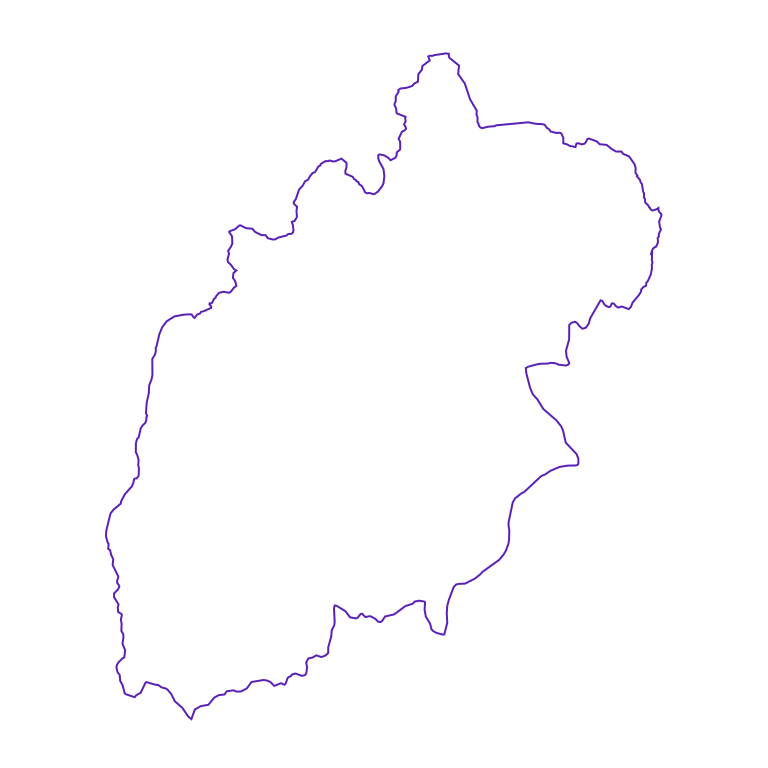 Güicán, Boyacá, Colombia (Albers equal-area conic projection), rotated 178°
{"feature_id": "7082276B71833607735517", "entity_name": "Güicán", "entity_type": "district", "adm_level": 2, "iso_a3": "COL", "parent_name": "Colombia", "parent_adm1": "Boyacá", "projection": "albers", "projection_center": [-72.306, 6.561], "detail": "fine", "context": "isolated", "style": "outline", "palette": "violet", "viewbox_px": 768, "rotation_deg": 178, "n_neighbors": 0, "source": "geoboundaries", "source_scale": "gbopen_adm2", "svg_char_len": 6107}
<svg xmlns="http://www.w3.org/2000/svg" viewBox="0 0 768 768"><g transform="rotate(178 384 384)"><path d="M332.5,131.6L329.1,143.2L329.3,152.5L328.5,160.2L326.8,165.8L321.6,178.3L319.1,181.0L316.6,181.6L309.9,181.7L299.8,186.4L294.1,190.7L292.2,192.8L275.2,204.1L270.7,209.0L268.1,213.0L265.2,220.0L264.4,224.6L263.9,233.3L264.5,238.5L264.2,241.9L259.5,261.0L257.0,265.2L249.9,270.3L248.0,270.9L230.1,286.5L225.7,288.2L220.6,291.5L211.4,295.0L203.6,296.0L195.1,295.9L193.4,296.4L192.5,297.6L192.4,302.6L194.0,307.2L204.4,319.0L206.7,331.2L208.4,335.5L212.9,341.6L225.6,353.4L231.2,363.2L235.7,368.6L238.2,375.3L241.4,389.8L241.7,395.0L239.2,396.3L230.8,398.2L227.1,398.8L219.4,398.7L217.1,399.3L213.4,399.0L210.1,398.1L209.3,397.3L201.6,396.1L199.1,397.0L198.1,398.4L200.5,404.7L201.0,410.8L197.4,422.2L196.8,436.6L194.6,438.6L191.1,439.5L189.2,438.5L186.4,434.7L183.7,432.3L180.3,433.2L177.2,437.4L175.7,442.4L164.7,460.0L162.9,459.4L160.9,455.7L159.3,454.2L156.6,453.0L155.0,453.5L153.6,456.4L152.9,456.7L151.4,456.2L149.6,453.8L147.3,452.2L143.6,453.1L136.8,450.3L134.6,452.4L132.6,456.9L126.1,464.0L123.8,467.6L123.7,469.4L121.5,471.8L118.6,473.2L118.4,475.8L116.6,477.9L113.5,484.3L112.1,490.5L112.3,493.5L111.4,496.0L112.0,498.4L111.5,505.6L112.4,505.1L112.2,505.9L110.8,509.4L109.3,510.9L107.3,511.8L105.2,516.1L105.4,520.4L104.1,521.9L104.2,524.2L101.8,528.9L102.7,530.8L103.4,536.7L100.8,542.9L101.2,544.5L102.6,545.9L103.7,548.2L103.6,550.3L106.0,549.0L109.0,548.1L110.3,548.3L111.5,549.4L112.0,550.7L112.8,551.1L113.5,553.0L116.6,556.3L116.7,559.6L117.7,561.4L117.4,565.4L118.2,566.7L119.3,575.0L120.4,576.4L121.1,579.1L124.0,582.8L123.5,583.5L125.3,586.2L125.0,591.1L125.9,594.8L131.1,602.9L136.9,605.6L138.6,608.0L143.9,608.2L148.1,610.8L153.2,615.2L160.1,616.1L162.9,619.1L170.9,622.2L172.3,621.6L173.9,618.5L175.3,617.1L178.1,616.6L181.7,617.9L183.3,617.5L184.4,614.1L190.1,615.5L192.7,617.1L196.4,618.3L196.2,624.0L198.2,628.4L200.4,629.1L202.0,628.7L208.5,630.4L210.5,633.1L212.3,634.3L214.4,637.5L217.0,638.2L223.0,638.7L230.7,640.5L262.9,638.6L264.5,637.8L270.9,637.5L276.8,636.3L278.6,636.9L280.0,638.5L280.5,640.9L281.5,642.6L281.2,647.1L282.2,650.1L281.7,653.8L288.0,665.4L292.8,681.6L299.1,691.1L297.9,699.6L307.0,707.5L307.7,708.6L307.7,711.8L310.9,712.2L322.4,710.9L324.2,710.2L326.8,710.5L328.3,709.8L327.0,705.8L334.5,700.5L335.2,696.8L338.9,692.3L339.5,685.0L343.3,683.2L345.5,680.8L351.3,679.2L357.4,678.7L359.5,677.2L359.2,675.5L362.2,671.1L362.4,666.1L363.5,664.3L363.8,662.4L362.3,659.2L361.9,654.1L353.1,650.2L353.6,648.8L353.2,645.8L354.9,642.8L353.2,639.6L353.1,638.3L354.7,636.6L357.2,635.6L360.8,628.7L359.4,625.4L359.6,618.5L360.0,617.5L363.1,615.1L363.5,611.7L364.6,609.8L369.6,607.4L372.2,610.2L376.0,612.6L380.6,613.6L381.8,612.8L381.8,609.3L380.9,606.5L377.0,598.8L376.4,591.8L377.5,584.6L378.9,581.9L383.3,576.5L386.9,574.2L388.2,574.1L391.7,575.4L394.1,575.2L396.1,576.1L398.6,581.6L399.7,583.1L401.8,584.4L402.7,586.9L404.1,587.4L405.3,589.1L406.7,589.8L408.0,592.1L415.1,595.5L415.3,597.9L413.9,602.1L413.7,606.3L418.6,610.7L425.3,608.2L427.3,608.2L430.8,609.3L431.9,608.7L434.7,608.8L439.6,606.1L440.0,604.7L442.1,603.5L445.5,598.2L448.0,597.3L450.7,594.3L452.6,591.0L455.9,589.2L458.3,585.1L462.1,581.3L465.6,572.0L467.9,568.8L467.8,567.3L464.7,564.2L465.4,560.2L465.2,554.6L465.4,553.5L467.7,550.1L470.5,549.2L469.5,545.9L469.1,540.6L469.6,538.7L471.0,537.4L474.6,537.2L476.2,535.8L484.3,534.1L487.8,532.3L490.2,532.3L495.1,533.8L497.0,536.8L501.2,537.1L506.0,539.6L508.0,540.9L510.0,543.7L516.6,544.6L522.0,547.6L523.1,547.4L527.4,543.9L532.7,542.1L533.5,541.4L530.7,536.8L530.7,529.5L532.4,526.2L535.2,522.4L534.3,519.7L536.1,513.9L535.6,511.2L533.0,508.7L530.0,504.2L527.6,502.6L530.6,500.1L531.3,495.4L529.1,491.9L528.1,487.2L530.9,485.2L534.0,481.4L535.7,480.6L541.3,481.8L545.8,480.8L549.0,477.3L549.4,475.9L551.0,474.9L552.9,471.3L553.5,470.7L555.4,470.7L555.7,469.7L554.0,467.4L554.1,466.1L561.7,463.0L564.3,462.5L565.4,460.9L568.4,459.9L570.9,456.7L572.0,457.3L573.8,460.1L574.7,460.4L581.5,460.3L591.1,458.9L598.9,454.3L603.6,448.6L606.8,441.6L610.0,429.7L610.9,428.1L610.8,425.4L611.8,421.5L614.7,417.1L615.1,401.2L616.2,396.6L618.7,390.9L619.4,382.9L621.8,373.7L622.9,362.9L621.8,360.7L622.7,358.7L622.9,355.7L623.9,353.5L626.6,351.1L628.7,348.2L630.9,339.6L632.8,337.4L634.0,333.6L634.4,324.6L632.9,321.1L631.9,316.2L632.5,311.5L631.9,308.9L632.3,301.6L632.6,300.5L634.6,298.3L636.3,298.2L637.2,297.5L637.7,294.7L639.5,290.5L646.7,283.1L650.8,276.0L651.2,273.7L658.7,267.9L661.8,264.2L666.6,247.4L667.2,241.6L665.8,235.6L664.8,233.8L665.4,228.8L663.6,227.6L662.6,222.8L660.7,218.3L661.5,212.6L656.4,201.3L656.4,199.5L657.6,197.0L657.6,194.6L655.7,191.7L655.6,190.6L657.1,187.9L661.1,184.1L661.2,180.3L657.0,173.0L657.9,170.0L657.6,165.4L654.3,163.2L654.1,161.7L655.2,158.0L654.6,153.4L655.1,146.4L653.3,143.1L653.2,140.3L654.4,133.4L652.0,127.0L653.1,119.8L654.7,119.1L659.0,115.2L660.7,112.5L661.3,110.2L660.3,105.2L658.3,102.3L658.0,96.5L655.8,92.2L653.9,83.9L652.9,83.0L644.1,79.7L642.5,81.6L637.9,84.0L633.0,93.4L631.9,94.4L622.9,91.4L619.9,91.0L617.2,88.7L612.5,87.2L611.0,86.1L607.4,81.5L604.1,74.2L596.9,67.5L591.1,58.3L588.2,55.8L584.4,65.3L578.3,68.5L570.8,69.5L564.6,76.5L560.0,78.8L554.2,79.3L551.8,82.4L545.2,83.1L541.9,81.7L537.7,81.7L531.8,84.5L526.8,90.8L514.6,92.4L511.5,91.8L507.9,90.2L504.2,86.1L497.4,88.6L494.1,86.9L492.7,88.1L490.8,93.1L489.7,94.4L487.6,95.1L485.9,97.0L482.6,97.7L476.1,95.2L473.3,95.8L472.5,96.4L471.5,98.6L470.8,103.9L471.5,108.4L469.1,112.4L464.7,113.2L461.2,115.2L456.1,113.3L452.2,114.6L449.2,117.0L448.9,122.8L445.5,133.7L444.9,139.4L442.2,144.6L441.6,147.5L441.8,161.6L441.0,164.4L439.1,164.0L430.4,158.2L426.1,152.0L419.9,150.7L418.4,151.5L415.5,154.9L414.0,155.2L410.7,151.7L407.0,152.4L405.4,152.3L400.8,149.6L398.3,146.7L395.9,146.2L394.1,147.2L391.1,151.6L381.9,153.4L370.4,161.3L363.0,163.4L360.9,165.5L356.4,166.2L351.4,165.2L350.6,164.5L351.3,156.9L350.3,150.0L346.3,142.9L345.1,137.2L343.4,135.3L340.4,133.5L334.5,131.6L332.5,131.6Z" fill="none" stroke="#5b21b6" stroke-width="2"/></g></svg>